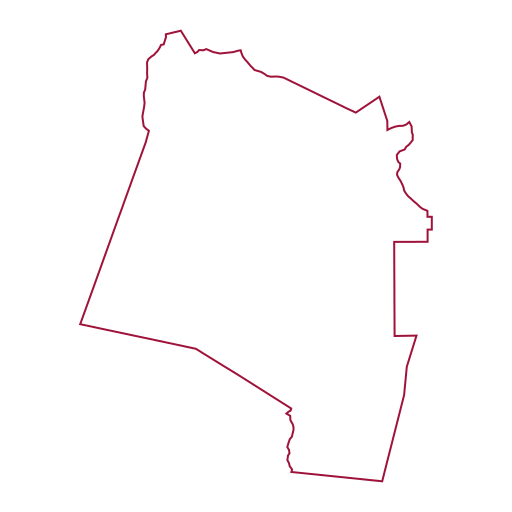 Mossoró, Rio Grande do Norte, Brazil (orthographic projection)
{"feature_id": "56859067B95592626644190", "entity_name": "Mossoró", "entity_type": "district", "adm_level": 2, "iso_a3": "BRA", "parent_name": "Brazil", "parent_adm1": "Rio Grande do Norte", "projection": "orthographic", "projection_center": [-37.301, -5.186], "detail": "fine", "context": "isolated", "style": "outline", "palette": "rose", "viewbox_px": 512, "rotation_deg": 0, "n_neighbors": 0, "source": "geoboundaries", "source_scale": "gbopen_adm2", "svg_char_len": 1830}
<svg xmlns="http://www.w3.org/2000/svg" viewBox="0 0 512 512"><path d="M165.8,34.3L166.0,37.2L164.6,41.4L163.7,44.4L161.1,44.9L159.1,48.7L157.3,51.3L155.7,52.8L154.3,54.6L151.3,56.6L148.4,59.1L147.0,62.4L147.2,67.9L147.1,74.4L147.4,77.6L145.9,81.5L145.2,89.5L143.9,92.6L143.8,96.1L144.6,102.9L144.1,106.9L142.4,116.2L142.7,119.2L143.7,126.1L146.0,128.6L148.9,130.8L145.7,142.4L123.2,204.7L122.4,207.1L119.0,216.3L95.7,281.2L80.2,324.2L105.6,329.6L167.9,342.8L195.9,348.8L197.7,349.9L202.6,353.0L221.5,364.7L236.2,373.7L239.1,375.5L291.2,408.5L290.6,410.6L288.4,411.8L286.4,413.6L290.2,415.8L290.4,420.1L292.8,424.4L293.5,427.1L293.5,429.8L291.9,436.7L289.8,439.1L288.1,444.2L287.3,447.1L289.0,449.9L289.5,453.2L288.0,455.6L287.4,460.2L288.9,462.9L289.7,466.1L292.1,469.5L291.4,472.0L382.2,481.3L385.2,469.4L404.1,395.1L406.8,366.7L416.5,335.6L394.6,336.0L394.4,296.4L394.4,291.8L394.3,269.7L394.2,241.9L427.6,241.8L427.6,229.6L431.8,229.6L431.8,216.8L427.5,216.8L427.4,210.8L422.5,208.8L420.1,207.0L417.0,204.0L413.3,200.9L410.8,198.5L408.2,196.3L405.6,193.0L404.0,190.2L403.7,188.0L402.6,185.1L400.6,181.0L398.3,177.5L397.0,174.6L397.4,172.0L399.3,169.3L400.1,167.1L400.2,163.6L398.2,161.8L397.1,159.0L396.8,155.0L399.6,151.4L404.6,149.5L406.4,146.6L408.8,144.8L410.6,142.7L412.7,140.0L412.7,137.2L412.8,134.7L411.9,132.6L411.6,126.4L409.3,122.0L406.3,124.5L402.9,125.8L399.1,125.9L395.7,126.5L391.9,127.8L389.6,128.8L387.4,130.0L387.3,121.0L379.4,96.7L355.8,112.6L347.0,108.5L283.5,77.6L279.0,76.7L276.6,76.5L270.9,76.7L267.2,75.9L264.3,73.8L261.0,71.9L254.5,70.0L252.7,67.9L251.0,66.4L247.1,61.7L245.2,59.7L242.8,56.4L241.4,52.9L240.7,50.3L238.1,50.7L233.2,52.1L219.9,53.5L215.9,52.6L213.3,52.1L206.3,49.1L203.3,50.3L199.1,50.0L197.5,51.9L194.9,53.3L180.8,30.7L165.8,34.3Z" fill="none" stroke="#9f1239" stroke-width="2"/></svg>